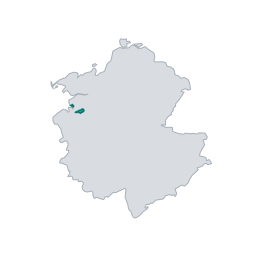 Bremen on a map of Germany (Robinson projection), rotated 323°
{"feature_id": "DEU-1575", "entity_name": "Bremen", "entity_type": "State", "adm_level": 1, "iso_a3": "DEU", "parent_name": "Germany", "parent_adm1": "", "projection": "robinson", "projection_center": [8.734, 53.321], "detail": "fine", "context": "in_parent", "style": "filled", "palette": "teal", "viewbox_px": 256, "rotation_deg": 323, "n_neighbors": 0, "source": "natural_earth", "source_scale": "10m", "svg_char_len": 4432}
<svg xmlns="http://www.w3.org/2000/svg" viewBox="0 0 256 256"><g transform="rotate(323 128 128)"><path d="M113.0,205.7L107.1,202.5L101.9,202.8L101.1,201.8L99.3,201.9L96.6,200.2L94.3,201.2L93.7,202.1L93.9,202.7L96.3,202.7L96.6,203.2L94.2,204.2L90.2,203.9L85.5,204.8L81.5,204.7L79.2,203.9L78.6,202.4L78.8,200.3L79.8,197.4L80.0,195.3L79.6,194.0L80.2,192.0L81.7,189.3L84.0,181.6L89.2,176.2L89.2,174.3L80.2,172.4L78.8,171.9L77.5,170.5L70.4,171.3L69.8,169.9L67.9,169.3L66.0,170.4L65.3,170.3L62.6,166.9L61.9,165.2L60.6,164.2L58.7,164.0L59.3,160.8L61.1,158.5L61.2,156.5L57.3,154.9L55.3,152.7L54.8,150.2L56.0,147.2L59.3,145.5L58.9,142.6L56.2,141.1L56.0,140.6L57.2,139.5L53.1,136.3L54.1,133.0L53.4,132.0L51.5,131.3L50.9,130.3L52.3,130.1L55.6,127.9L55.7,127.5L54.8,127.2L54.7,126.2L56.8,121.4L56.7,120.6L55.1,118.3L55.0,117.5L52.7,114.8L52.8,114.0L56.4,112.3L59.6,113.5L60.7,112.8L62.3,112.9L66.1,111.7L67.1,110.2L65.7,109.0L65.8,108.1L70.1,105.4L70.8,104.2L71.1,101.7L70.5,100.9L70.0,100.4L66.3,100.0L65.4,98.6L65.7,96.7L66.4,96.4L70.8,96.4L72.5,91.0L73.6,89.3L74.0,82.6L71.6,80.6L72.5,76.8L74.2,74.7L75.5,74.2L81.2,73.8L87.4,74.0L90.0,77.1L89.1,78.7L90.6,79.4L91.3,79.2L92.3,76.2L92.8,75.8L95.4,77.7L95.4,80.3L96.2,76.8L95.6,74.4L96.0,72.1L97.5,70.1L102.1,70.9L107.2,70.5L109.1,71.4L113.5,75.9L116.7,76.9L114.2,75.9L108.9,70.4L103.4,69.0L102.2,67.4L102.2,61.9L100.2,60.8L97.9,61.2L97.6,59.9L98.0,59.0L103.0,57.5L103.1,56.0L98.6,50.7L98.4,48.3L102.2,48.4L106.8,49.5L107.9,50.3L113.8,49.3L118.4,50.9L120.5,53.1L120.6,55.1L118.0,57.4L122.5,57.1L123.7,58.8L126.1,58.1L132.2,60.7L136.8,59.4L137.7,61.5L136.8,63.6L133.6,65.8L134.3,67.2L135.4,67.5L138.4,67.2L143.3,68.6L149.8,64.3L154.9,63.9L162.4,57.5L169.9,58.7L171.9,61.4L176.9,64.4L181.5,64.2L183.2,67.0L184.0,70.5L186.7,72.4L190.6,73.2L191.3,76.8L193.5,82.6L193.5,84.4L192.8,86.4L191.6,88.0L189.1,90.0L189.0,91.2L195.6,96.1L197.4,98.6L196.5,102.2L197.5,103.9L198.6,104.5L199.1,105.4L199.2,107.5L200.0,108.1L198.8,111.8L197.6,113.3L198.1,114.6L199.8,117.0L199.9,119.9L203.6,121.8L205.1,125.6L204.3,129.0L201.2,134.8L198.6,134.0L198.7,132.8L198.2,132.7L197.3,131.1L193.5,130.2L192.4,130.9L194.4,133.1L186.6,136.0L180.9,137.2L178.9,139.4L177.8,139.0L175.5,139.9L174.6,141.3L171.8,141.8L170.6,143.5L167.6,143.0L164.0,143.8L162.4,144.7L159.5,148.3L157.0,145.6L156.4,145.6L156.3,146.5L157.7,148.4L158.3,150.1L162.6,153.1L163.6,154.4L161.6,157.8L165.8,163.8L169.0,166.7L170.7,166.6L174.6,170.3L177.2,171.7L179.2,174.3L181.7,174.6L185.6,177.7L186.4,178.8L186.0,182.7L184.1,184.1L180.8,182.8L179.0,187.6L170.9,191.0L168.6,193.1L168.6,193.7L172.0,197.7L172.1,199.5L171.1,201.4L173.5,201.9L173.9,202.8L173.3,206.7L169.7,205.3L169.0,203.2L167.5,202.5L164.0,203.2L159.3,201.5L158.9,203.6L150.8,204.4L145.3,206.5L143.7,207.8L139.3,208.5L138.2,208.4L136.3,205.8L128.8,205.1L127.6,209.1L126.7,210.2L124.4,211.0L124.7,209.1L122.4,208.5L122.3,207.3L120.8,206.1L116.9,204.6L115.2,205.6L113.0,205.7ZM181.1,59.3L181.5,60.7L181.1,61.5L179.2,60.3L177.4,60.3L176.3,62.1L175.5,62.2L172.6,60.5L172.1,59.7L172.2,55.9L173.1,55.1L173.2,53.9L174.8,52.7L176.2,52.6L177.3,54.4L180.1,55.6L180.3,56.1L178.9,57.6L179.3,58.4L181.1,59.3ZM189.6,68.5L189.7,70.2L185.0,70.0L184.5,68.7L184.8,67.5L183.2,66.2L183.2,64.7L189.6,68.5ZM93.1,49.5L92.0,51.2L92.2,48.2L94.0,45.0L94.8,45.1L93.8,46.5L93.6,48.4L97.7,48.5L97.2,49.1L93.1,49.5ZM141.2,58.6L138.7,58.6L136.8,57.6L137.9,56.1L140.4,56.8L141.2,58.6ZM97.0,52.3L96.4,52.8L93.9,52.3L95.7,51.3L96.8,51.6L97.0,52.3Z" fill="#d9dde1" stroke="#a8b0b8" stroke-width="1"/><path d="M95.8,83.8L96.0,83.8L96.5,84.1L96.9,84.0L97.0,84.0L97.5,84.3L98.5,84.6L98.9,84.6L99.0,84.5L99.4,84.5L99.6,84.5L99.7,84.8L99.8,84.8L100.1,85.0L100.7,85.0L100.9,85.0L101.2,85.3L101.5,85.4L102.1,85.7L102.3,85.7L102.5,85.4L102.6,85.2L102.8,85.2L103.0,85.3L103.4,85.7L103.4,85.8L103.2,85.9L103.1,86.0L103.6,86.5L103.5,86.8L103.4,87.0L103.4,87.3L103.4,87.5L103.1,87.7L102.5,88.0L102.4,88.1L101.6,87.6L101.6,87.8L101.2,87.9L100.9,87.9L100.1,87.5L99.8,87.5L99.2,87.6L98.9,87.6L98.9,86.9L98.7,86.7L98.1,86.2L97.8,85.8L97.7,85.7L97.7,85.2L97.5,84.9L97.4,84.8L97.0,84.8L96.8,84.8L96.4,84.6L95.7,84.4L95.6,84.1L95.5,83.9L95.8,83.8ZM96.5,77.6L96.6,77.0L96.5,76.9L96.1,76.1L95.8,75.7L95.7,75.5L95.8,75.5L96.6,75.8L96.9,75.8L97.6,75.8L97.6,76.0L97.5,76.3L97.7,76.6L97.8,76.7L97.9,77.2L97.9,77.3L97.9,77.5L97.6,78.0L97.2,78.2L96.9,78.0L96.7,78.0L96.5,77.7L96.5,77.6Z" fill="#14b8a6" stroke="#0f766e" stroke-width="1.5"/></g></svg>